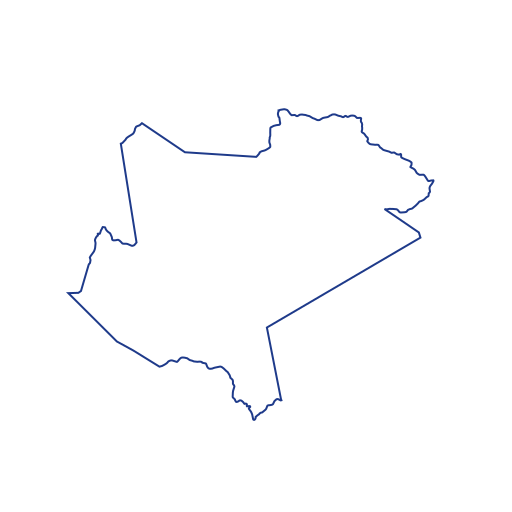 outline of Ojojona, Francisco Morazán, Honduras, rotated 255°
{"feature_id": "27666195B52120095193284", "entity_name": "Ojojona", "entity_type": "district", "adm_level": 2, "iso_a3": "HND", "parent_name": "Honduras", "parent_adm1": "Francisco Morazán", "projection": "natural_earth1", "projection_center": [-87.338, 13.923], "detail": "fine", "context": "isolated", "style": "outline", "palette": "blue", "viewbox_px": 512, "rotation_deg": 255, "n_neighbors": 0, "source": "geoboundaries", "source_scale": "gbopen_adm2", "svg_char_len": 6134}
<svg xmlns="http://www.w3.org/2000/svg" viewBox="0 0 512 512"><g transform="rotate(255 256 256)"><path d="M268.7,65.1L209.4,99.5L196.5,113.0L174.1,134.1L174.1,135.3L174.1,136.8L174.6,139.0L175.0,140.5L175.5,141.9L176.1,143.0L176.7,143.8L176.9,144.3L177.1,145.3L177.2,146.3L177.1,147.2L176.7,148.2L174.4,151.8L174.2,152.2L174.2,152.4L174.6,153.2L176.3,155.6L176.8,156.6L177.0,157.2L177.1,157.7L176.9,159.1L176.2,160.9L175.0,163.1L172.7,165.0L171.2,167.5L170.3,168.6L169.0,171.9L168.6,174.1L168.2,175.2L167.9,175.8L167.6,176.2L167.4,176.3L167.0,176.4L166.8,176.5L165.3,179.5L165.0,179.8L164.7,179.9L161.8,180.2L160.8,180.5L159.9,181.0L159.5,181.4L159.2,181.8L158.8,183.0L158.6,184.6L158.7,185.5L158.8,186.6L158.8,187.6L158.5,192.5L158.4,193.0L158.2,193.4L157.5,194.3L155.7,195.7L152.5,197.6L151.2,198.6L147.7,199.7L146.1,199.8L145.1,199.7L142.9,201.1L142.1,201.4L140.9,201.3L139.1,200.8L138.6,200.7L137.8,200.8L137.1,201.2L136.6,201.3L135.9,201.4L135.4,201.3L131.7,199.0L130.1,198.3L126.6,197.2L125.9,197.0L125.3,197.1L122.9,198.5L122.0,198.5L121.2,198.7L120.6,198.9L120.2,199.1L120.1,199.3L120.0,199.8L120.1,201.0L120.3,201.7L120.7,202.6L120.7,202.9L120.6,203.6L120.2,204.3L119.8,204.7L118.0,205.9L117.0,206.2L116.3,206.5L116.1,206.8L116.2,207.3L116.1,207.8L115.8,208.4L115.6,208.6L115.1,208.8L114.0,208.4L113.3,208.3L113.1,208.4L113.0,209.0L112.8,210.6L112.6,211.1L112.3,211.4L112.0,211.4L111.7,211.3L110.8,209.8L110.5,209.6L110.3,209.6L109.6,209.8L107.1,210.8L105.7,211.1L104.0,211.3L99.1,211.0L98.7,211.1L98.4,211.4L98.2,211.7L98.2,212.1L98.4,212.6L98.9,213.2L99.8,213.8L100.6,214.0L101.0,214.7L101.8,216.4L102.4,218.2L102.9,218.6L103.1,219.1L103.4,220.2L103.3,221.1L103.3,221.5L105.1,225.4L105.8,226.3L108.1,228.0L108.5,228.4L108.6,229.4L108.3,230.9L108.2,232.2L108.2,233.0L108.3,233.5L108.5,234.0L108.9,234.4L111.0,236.2L112.0,238.0L112.3,238.8L112.3,239.6L112.0,240.3L111.7,240.7L110.9,241.6L110.2,242.3L110.1,242.6L110.1,243.2L111.5,243.1L184.1,248.0L231.2,419.6L236.6,419.4L268.1,392.3L267.3,394.1L267.1,395.4L267.0,397.0L266.1,400.2L265.0,403.2L264.7,404.0L263.6,404.9L261.4,405.9L260.7,406.6L260.2,408.7L259.8,410.9L259.7,412.2L259.9,413.0L261.2,414.8L261.3,415.6L261.5,416.9L261.4,418.0L261.5,419.3L261.9,420.1L263.3,423.2L264.9,426.0L266.2,427.8L266.3,428.3L266.3,429.5L266.5,430.8L266.8,432.4L267.5,433.9L268.6,435.9L268.8,436.5L269.0,437.5L269.2,437.9L269.6,438.3L271.9,439.1L272.0,439.3L272.4,440.1L273.1,440.7L276.4,441.1L277.4,441.5L278.8,442.7L280.2,444.6L281.7,446.1L282.5,446.8L282.8,446.9L283.1,446.9L283.3,446.7L283.3,446.0L283.6,444.9L283.6,443.0L283.7,442.2L283.9,441.9L284.2,441.6L284.7,441.4L288.9,440.1L290.1,439.6L290.8,439.2L291.1,438.9L291.3,438.4L291.8,436.1L292.1,435.0L292.8,434.2L294.0,433.2L294.8,432.7L297.8,431.9L298.5,431.5L299.6,430.7L301.2,428.9L302.0,428.2L302.4,428.4L303.4,429.5L303.9,429.8L305.4,430.3L306.0,430.4L306.4,430.2L307.2,429.6L308.5,428.3L311.1,424.7L312.7,422.8L313.4,422.1L313.8,421.9L314.3,421.9L316.4,422.4L317.0,422.2L317.2,421.8L316.9,421.3L316.8,420.8L317.1,419.9L317.9,418.3L320.1,416.4L320.3,415.8L320.6,413.7L320.8,413.4L322.4,411.6L324.6,407.9L325.3,406.8L325.7,406.3L327.9,404.8L328.7,404.0L331.1,403.2L331.7,402.8L332.2,401.6L332.6,399.8L333.1,398.6L334.1,396.0L334.7,395.0L335.6,394.3L336.9,393.6L338.0,393.2L338.3,393.3L338.9,393.8L339.6,394.3L340.6,394.4L341.4,394.4L341.9,394.1L342.5,393.6L342.9,393.4L344.1,392.9L344.8,392.7L346.2,392.1L347.5,390.9L348.2,390.4L348.7,390.3L349.2,390.4L350.1,391.0L351.1,391.4L352.6,391.8L353.7,391.9L355.6,392.6L357.3,392.6L357.6,392.5L358.3,392.2L359.0,392.2L359.9,392.4L361.4,393.1L361.8,393.1L362.2,392.9L362.5,392.3L363.0,390.0L363.3,389.2L365.3,388.0L365.8,387.5L366.2,386.8L366.7,385.5L367.0,384.0L366.9,382.9L366.6,381.4L366.6,380.7L366.7,380.4L367.0,380.0L367.5,379.4L368.0,379.1L368.1,378.9L368.1,377.8L367.6,376.8L367.6,376.3L367.6,376.0L368.0,375.3L368.9,374.3L370.2,371.8L372.1,369.3L372.6,368.1L372.8,367.0L372.9,366.2L372.6,365.2L372.4,363.8L372.3,363.3L371.9,362.4L371.7,361.5L371.7,360.5L371.9,358.5L372.0,356.6L371.8,355.6L370.9,352.6L371.0,351.9L371.2,351.0L371.6,350.2L373.5,348.0L374.5,346.5L377.2,343.9L378.6,341.4L379.3,340.5L380.4,337.8L380.7,337.2L381.0,335.8L381.1,334.7L381.0,334.2L380.7,333.6L380.6,333.2L380.5,332.4L380.5,331.8L380.7,331.5L381.0,331.1L381.3,330.8L381.8,330.4L382.2,329.8L382.8,326.9L383.4,326.4L384.7,325.7L386.9,324.9L388.5,324.2L389.1,323.7L389.7,322.8L390.4,321.5L390.6,320.4L390.9,317.3L390.8,315.5L390.2,315.6L389.7,315.2L389.3,314.7L387.5,313.9L386.0,313.8L384.7,313.8L384.4,313.9L383.8,314.3L383.1,314.3L380.1,313.9L378.5,313.8L377.6,313.6L377.0,313.1L376.7,312.3L377.1,309.5L377.1,306.7L377.0,306.2L376.8,305.5L376.4,303.6L376.1,303.2L375.3,302.8L374.0,302.4L372.6,302.0L371.2,301.6L369.1,301.1L368.1,300.7L366.9,299.9L365.8,299.6L364.4,298.9L363.1,298.5L362.1,298.3L359.8,298.5L358.3,298.2L357.6,297.9L357.4,297.6L356.8,296.2L356.0,293.4L355.7,291.7L355.7,288.6L355.5,287.5L355.3,286.8L355.0,286.2L354.3,285.9L354.0,285.5L352.4,283.2L351.7,281.9L374.6,214.2L413.8,180.2L412.4,177.5L412.1,174.6L411.9,173.7L411.2,173.0L410.2,172.1L409.6,171.8L408.5,171.3L407.6,170.6L406.7,169.8L406.0,169.0L405.4,167.4L404.3,163.7L403.7,162.1L403.0,160.9L402.2,160.2L399.8,156.3L399.6,155.6L399.5,154.5L300.0,144.1L298.7,142.3L298.0,141.2L297.8,139.9L297.9,138.9L298.5,138.0L300.5,135.5L301.1,134.6L301.6,133.3L302.1,131.4L302.6,130.3L303.0,130.0L304.6,129.2L306.3,128.1L306.8,127.6L307.2,127.2L307.3,126.9L307.5,126.3L307.5,124.8L307.8,123.2L308.1,122.2L308.4,121.8L308.7,121.5L309.1,121.4L309.8,121.4L311.2,121.6L311.9,121.6L315.0,121.1L315.7,120.9L317.8,119.2L319.2,118.4L320.2,118.0L321.1,117.8L321.9,117.8L322.8,117.5L323.5,115.8L323.6,115.4L323.1,114.9L321.8,113.9L320.9,112.9L318.6,111.4L318.0,110.9L317.9,110.6L318.5,109.3L318.4,108.9L318.0,108.8L317.4,108.9L317.0,108.7L316.5,108.2L316.5,107.8L315.4,106.3L314.1,105.2L313.5,104.8L312.8,104.5L310.4,104.4L309.5,104.2L305.5,102.7L304.2,102.0L303.2,101.3L302.3,100.6L298.9,96.4L297.6,95.1L294.9,95.1L292.7,94.1L292.0,93.6L291.4,92.6L290.7,92.0L267.5,77.9L266.4,74.9L268.7,65.1Z" fill="none" stroke="#1e3a8a" stroke-width="2"/></g></svg>